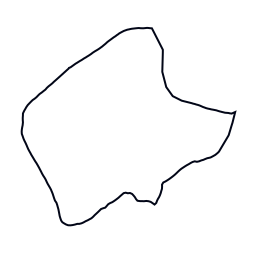 Jayshan, Abyan, Yemen, rotated 184°
{"feature_id": "15242507B52959296866890", "entity_name": "Jayshan", "entity_type": "district", "adm_level": 2, "iso_a3": "YEM", "parent_name": "Yemen", "parent_adm1": "Abyan", "projection": "albers", "projection_center": [46.198, 14.169], "detail": "fine", "context": "isolated", "style": "outline", "palette": "ink", "viewbox_px": 256, "rotation_deg": 184, "n_neighbors": 0, "source": "geoboundaries", "source_scale": "gbopen_adm2", "svg_char_len": 3113}
<svg xmlns="http://www.w3.org/2000/svg" viewBox="0 0 256 256"><g transform="rotate(184 128 128)"><path d="M191.1,183.8L191.4,183.1L192.2,182.3L203.3,170.8L205.1,169.0L206.6,167.3L208.3,165.7L210.1,164.1L211.7,162.4L213.1,160.5L214.8,159.0L216.4,157.5L218.6,155.7L220.0,154.1L221.5,152.3L223.2,150.7L225.1,149.2L226.6,147.5L228.2,145.6L229.6,143.9L230.9,141.7L231.8,139.8L232.8,137.8L233.8,135.2L233.7,133.0L233.7,130.7L233.5,128.4L233.2,126.3L233.3,123.4L233.6,121.2L233.8,119.1L233.8,116.9L233.5,114.7L232.6,112.7L231.5,110.1L230.5,108.2L229.3,106.2L228.1,104.0L227.0,101.8L226.0,99.9L224.8,98.0L223.6,96.2L222.5,94.4L221.0,92.3L219.7,90.4L218.3,88.4L216.9,86.6L215.6,84.7L214.3,82.7L214.2,82.6L213.0,80.6L211.7,78.5L210.6,76.6L209.2,74.5L207.9,72.8L206.6,70.9L205.4,68.7L204.3,66.8L203.0,64.9L201.7,63.0L200.5,61.1L199.9,59.8L199.5,59.1L198.5,57.0L197.7,55.0L196.9,53.0L195.8,50.5L194.2,48.5L193.3,46.4L192.6,44.4L191.8,42.2L191.2,40.0L190.6,37.7L190.0,35.4L189.2,33.3L188.2,31.0L186.9,29.4L184.9,28.3L183.0,27.4L180.9,26.8L178.6,26.9L176.5,27.3L174.1,28.0L172.0,28.8L169.8,29.0L167.7,29.7L165.8,30.7L163.7,32.1L161.8,33.1L160.1,34.2L158.2,35.4L156.6,37.0L155.2,38.7L153.5,40.5L152.1,42.0L150.6,43.7L149.2,45.3L147.2,46.2L145.1,47.0L143.8,48.7L142.4,50.6L140.5,51.9L138.5,52.9L136.4,54.5L134.5,56.1L132.6,57.8L131.1,59.4L129.6,60.9L127.8,62.7L125.8,63.3L123.6,62.9L121.5,63.3L119.3,62.5L117.8,61.1L116.3,59.5L115.0,57.6L113.5,56.1L111.3,55.9L109.1,56.0L106.9,56.1L104.6,56.5L102.4,56.4L100.2,55.9L98.3,54.8L96.2,53.5L94.6,55.2L94.0,57.3L93.2,59.3L92.2,61.2L91.4,63.3L90.8,65.4L90.4,67.5L89.9,69.6L89.9,71.8L90.1,73.9L89.0,76.1L86.9,77.3L85.1,78.6L83.4,79.9L81.5,81.5L79.8,83.0L78.1,84.6L76.6,86.2L75.0,88.0L73.5,89.6L71.9,91.1L70.2,92.4L68.5,93.7L66.7,95.0L64.8,96.2L63.0,97.5L61.2,98.6L59.1,99.4L56.9,99.1L54.8,99.7L52.6,100.8L50.6,101.5L48.7,102.5L46.8,103.4L44.7,104.0L43.5,104.4L41.1,105.9L39.0,107.3L36.8,109.4L35.6,110.8L27.1,127.7L26.9,128.5L24.5,139.1L24.2,140.2L22.2,151.4L25.6,149.6L25.9,149.7L27.4,149.7L27.6,149.8L29.1,150.0L30.6,150.0L32.2,150.0L33.9,150.3L35.7,150.6L36.6,150.8L37.4,150.9L39.2,151.3L41.2,151.8L42.8,152.0L44.4,152.2L46.3,152.4L47.9,152.7L49.6,152.9L51.6,153.3L53.2,153.8L54.7,154.2L56.3,154.8L58.3,155.5L59.9,155.9L61.6,156.2L63.1,156.6L65.0,156.9L66.1,157.2L76.3,159.0L85.6,162.9L92.7,171.5L97.7,186.4L98.5,205.3L98.7,208.5L111.1,229.1L112.9,229.1L114.5,229.2L116.0,229.2L117.6,228.9L119.3,228.6L120.9,228.5L122.5,228.4L124.1,228.5L126.1,228.2L127.7,227.9L129.3,227.6L131.0,227.3L132.5,226.9L134.1,226.4L135.6,226.0L137.2,225.3L139.0,224.5L140.3,223.7L141.9,222.7L143.3,221.8L144.5,220.7L145.7,219.8L146.9,218.7L148.4,217.6L149.6,216.6L151.0,215.4L152.3,214.3L153.6,213.2L154.8,212.1L155.8,211.0L157.0,209.8L158.2,208.7L159.3,207.6L160.5,206.6L161.9,205.4L163.2,204.4L164.6,203.4L166.1,202.4L167.3,201.5L168.6,200.5L169.8,199.4L171.2,198.3L172.5,197.3L173.8,196.4L175.1,195.4L176.5,194.5L177.8,193.5L179.1,192.5L180.5,191.6L182.0,190.5L183.5,189.4L184.8,188.5L186.0,187.5L187.2,186.5L188.4,185.5L189.6,184.5L191.1,183.8Z" fill="none" stroke="#020617" stroke-width="2"/></g></svg>